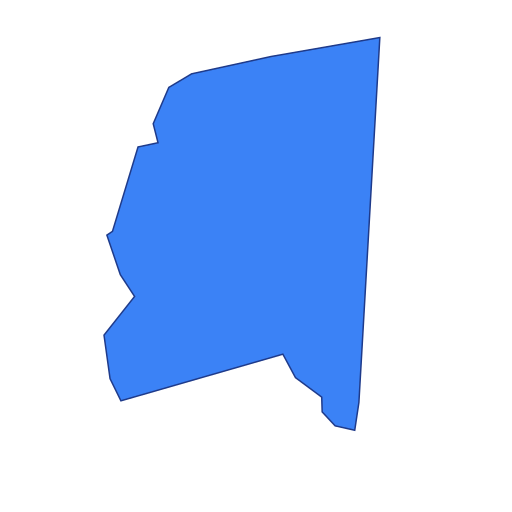 Nottoway, Virginia, United States of America, rotated 77°
{"feature_id": "52423323B59431462961451", "entity_name": "Nottoway", "entity_type": "district", "adm_level": 2, "iso_a3": "USA", "parent_name": "United States of America", "parent_adm1": "Virginia", "projection": "mercator", "projection_center": [-78.009, 37.14], "detail": "fine", "context": "isolated", "style": "filled", "palette": "blue", "viewbox_px": 512, "rotation_deg": 77, "n_neighbors": 0, "source": "geoboundaries", "source_scale": "gbopen_adm2", "svg_char_len": 429}
<svg xmlns="http://www.w3.org/2000/svg" viewBox="0 0 512 512"><g transform="rotate(77 256 256)"><path d="M366.7,420.2L357.7,251.9L383.4,244.9L408.3,223.7L422.8,226.6L439.3,217.1L448.0,199.0L421.9,188.7L71.0,86.2L65.0,196.5L64.0,277.7L72.1,303.0L104.0,326.4L123.6,326.0L123.2,346.4L199.7,390.3L202.1,396.6L243.7,392.4L268.1,383.4L298.9,421.9L342.7,425.8L366.7,420.2Z" fill="#3b82f6" stroke="#1e3a8a" stroke-width="1.5"/></g></svg>